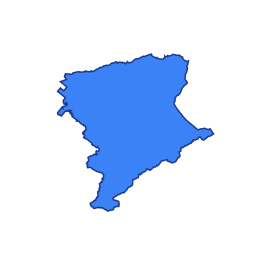 outline of South Wairarapa District, Wellington, New Zealand, rotated 204°
{"feature_id": "76426892B24718175617028", "entity_name": "South Wairarapa District", "entity_type": "district", "adm_level": 2, "iso_a3": "NZL", "parent_name": "New Zealand", "parent_adm1": "Wellington", "projection": "orthographic", "projection_center": [175.354, -41.267], "detail": "fine", "context": "isolated", "style": "filled", "palette": "blue", "viewbox_px": 256, "rotation_deg": 204, "n_neighbors": 0, "source": "geoboundaries", "source_scale": "gbopen_adm2", "svg_char_len": 5883}
<svg xmlns="http://www.w3.org/2000/svg" viewBox="0 0 256 256"><g transform="rotate(204 128 128)"><path d="M108.1,47.8L108.5,48.5L108.3,49.7L107.7,50.2L107.5,50.8L105.7,52.3L104.6,52.4L104.5,53.1L105.0,53.5L105.0,54.7L106.5,56.9L107.6,56.9L108.1,57.2L111.4,56.5L112.8,57.2L113.2,57.9L111.9,60.1L111.1,60.9L110.6,62.0L109.5,63.5L108.9,63.7L108.1,64.8L107.2,66.3L106.3,67.0L105.7,66.9L105.3,67.2L105.2,68.0L104.6,68.8L104.7,69.8L104.1,70.6L103.6,73.6L101.1,76.7L100.9,77.3L100.9,78.6L102.0,81.2L102.4,83.0L101.6,83.4L98.5,86.9L99.2,90.2L98.7,90.6L97.7,90.4L97.4,91.4L97.0,91.6L97.0,92.5L94.3,95.8L94.1,98.3L93.4,98.7L92.8,98.3L90.9,98.3L89.8,99.8L88.7,102.5L88.0,103.2L87.0,103.6L86.4,105.7L85.8,105.4L85.0,106.8L83.8,111.8L82.2,112.5L81.1,113.9L80.4,114.2L79.5,115.0L79.2,115.0L78.6,113.8L77.8,114.0L76.9,113.9L75.9,114.5L74.8,113.9L73.2,114.2L70.9,116.6L70.5,117.6L70.9,118.2L70.5,118.9L70.5,119.7L70.2,120.5L70.3,121.4L69.1,122.4L69.4,124.2L71.6,126.9L70.4,128.5L70.6,129.3L70.9,129.5L71.6,130.8L71.4,131.3L70.7,131.5L70.8,132.4L69.7,132.8L68.9,134.1L69.0,134.9L67.5,135.5L67.1,136.1L66.9,136.9L65.8,137.8L65.6,138.8L64.2,139.7L64.0,140.3L64.2,141.1L63.9,141.4L63.7,142.0L63.1,142.1L62.9,142.7L63.6,143.6L63.5,143.9L62.6,144.3L61.4,144.4L60.8,145.5L59.5,146.7L59.7,148.0L59.4,148.6L57.9,149.1L55.9,147.6L53.9,147.8L53.2,148.9L53.1,149.8L52.3,150.5L51.5,152.8L50.7,153.2L49.6,154.2L47.4,157.4L52.7,160.7L53.0,160.1L54.2,159.2L56.2,158.9L58.0,159.0L58.6,158.2L61.6,156.5L62.9,155.0L64.4,155.0L78.0,158.9L83.1,161.2L83.9,161.9L83.5,161.1L84.7,162.2L88.3,163.9L92.1,166.1L95.7,168.7L96.3,169.5L96.3,170.2L96.0,170.7L96.0,171.9L96.7,173.2L97.1,174.9L96.5,177.3L95.8,178.3L95.2,178.6L95.2,179.4L94.6,180.4L94.6,185.0L94.7,185.5L94.9,185.5L94.7,186.7L93.9,189.3L92.3,192.6L92.2,193.5L94.2,194.8L94.5,194.7L96.5,196.9L96.5,198.6L97.4,199.8L97.1,201.9L97.4,203.6L97.4,204.6L97.8,205.4L97.9,206.5L98.2,207.3L99.6,208.2L99.2,209.8L100.1,213.9L101.1,212.8L103.7,212.7L105.4,213.2L105.7,213.6L106.4,213.8L107.1,214.4L107.0,214.9L108.0,214.7L108.5,215.0L109.3,214.7L109.9,215.3L110.3,215.4L111.7,215.0L113.8,213.9L114.7,214.1L116.7,213.6L118.9,210.9L121.1,210.1L120.9,209.8L121.0,209.6L121.3,210.0L122.5,208.2L122.8,208.1L123.5,208.5L123.0,207.6L123.6,206.6L123.8,205.4L124.5,204.8L127.8,203.8L129.2,203.8L130.1,204.2L130.3,203.6L132.4,203.4L135.6,203.7L136.0,203.9L136.5,205.0L136.9,205.0L137.2,204.1L138.8,203.5L139.4,202.5L140.8,201.4L141.6,200.0L142.5,200.1L143.2,199.8L144.2,198.5L145.3,197.4L146.0,196.0L148.4,194.7L149.4,193.8L150.3,192.0L151.2,189.5L152.2,189.1L153.5,187.9L154.3,188.1L155.1,187.8L155.7,188.2L155.7,187.7L156.0,187.0L156.0,186.1L156.4,185.6L157.2,185.9L157.8,185.8L158.2,186.1L159.2,185.6L159.5,185.8L159.8,185.2L161.0,185.2L162.5,184.7L163.5,183.9L163.6,183.1L164.2,182.8L164.6,182.9L164.9,183.5L166.0,183.6L167.5,181.5L168.2,181.4L169.4,180.4L170.0,179.3L170.3,178.3L171.3,177.2L173.0,176.7L174.5,175.4L175.3,175.0L176.2,173.7L176.3,173.0L176.9,172.4L178.1,172.1L178.9,171.0L179.7,169.3L180.9,168.8L180.9,168.1L181.9,166.3L182.4,166.2L182.9,165.2L184.8,165.3L185.4,164.0L185.9,163.7L188.1,163.0L189.7,163.0L189.8,162.0L190.9,161.9L192.2,160.5L195.3,159.4L196.1,159.5L196.8,158.7L198.7,157.6L199.3,156.8L200.5,156.3L200.7,155.6L200.6,155.2L201.1,154.2L202.5,153.6L203.4,153.7L205.2,152.6L206.9,152.3L207.3,152.0L206.8,150.9L207.1,150.3L206.9,150.0L207.0,149.5L206.5,149.4L206.6,148.8L203.9,147.4L208.6,142.8L200.5,140.6L201.8,135.9L206.0,137.1L207.2,132.8L197.4,130.2L198.4,126.6L197.6,125.7L197.3,125.0L196.6,124.5L196.5,124.1L195.9,124.4L195.4,124.0L195.1,124.0L194.6,124.6L195.4,125.1L194.5,126.1L194.2,125.6L193.7,125.6L193.0,124.8L193.2,124.1L194.0,123.3L194.1,122.6L195.7,121.5L196.3,120.8L196.2,120.1L195.5,120.0L195.3,119.6L196.8,120.0L198.5,113.4L197.7,112.1L197.4,111.8L196.8,112.0L196.3,111.8L195.6,112.3L195.3,112.1L193.7,111.9L191.9,118.6L190.8,118.3L190.0,118.9L189.4,119.0L189.4,119.7L188.4,119.4L188.3,120.5L188.1,120.5L188.0,119.7L187.2,120.4L187.4,119.7L187.2,118.3L186.8,118.8L186.3,118.4L186.2,119.0L185.7,119.0L184.9,118.3L185.5,118.0L185.6,117.5L185.1,117.2L184.0,117.3L184.3,116.6L183.6,116.5L183.9,116.1L183.5,115.6L177.8,114.5L178.0,113.9L177.9,113.3L175.9,114.1L175.0,113.9L174.2,113.3L171.5,112.6L170.3,112.8L169.8,112.0L169.6,112.0L169.1,112.6L168.0,112.5L167.0,111.2L165.5,110.6L165.8,110.6L166.1,110.1L165.6,109.2L166.0,108.9L166.4,108.0L166.0,107.0L166.4,107.0L166.3,106.6L167.2,106.4L167.2,105.6L167.4,105.3L167.2,104.8L166.8,105.2L166.5,104.9L166.8,104.7L166.8,104.3L166.3,104.2L166.0,104.5L165.8,104.0L164.5,103.5L164.3,103.2L164.7,101.8L164.7,101.2L162.3,100.9L162.1,101.4L155.7,99.7L154.0,98.8L154.3,98.3L153.3,97.7L152.7,98.1L150.4,97.8L150.2,97.6L148.7,97.2L148.2,97.7L148.1,98.4L147.6,97.8L146.3,97.3L145.3,96.4L145.4,95.0L145.8,94.5L147.5,94.3L147.7,94.1L147.7,93.6L147.0,92.0L146.0,91.5L145.6,90.9L146.2,90.4L147.5,90.5L148.2,90.3L149.3,88.1L149.9,88.0L150.6,87.5L152.5,84.9L152.4,84.4L151.3,83.5L150.6,82.0L150.6,81.4L151.2,80.7L151.2,79.8L151.6,78.8L151.1,78.3L149.8,78.1L149.7,76.4L148.8,75.3L146.4,76.8L143.3,76.0L138.8,75.6L137.3,75.9L135.2,75.9L133.6,76.6L130.8,74.7L130.5,73.8L130.5,72.8L131.1,71.0L129.8,71.0L130.2,70.1L130.1,69.0L130.4,68.3L129.9,68.3L129.7,67.9L131.3,66.0L131.4,65.6L130.5,63.9L129.2,62.5L129.9,61.7L129.7,61.3L129.1,60.9L129.4,60.0L128.7,59.5L129.0,59.0L129.0,58.3L129.7,57.5L129.2,56.5L129.1,55.9L127.7,54.4L127.6,53.9L128.4,51.9L127.9,51.6L128.5,49.6L128.1,48.6L129.4,48.1L129.7,46.8L131.8,44.0L131.8,43.5L130.7,42.4L129.9,42.0L129.6,41.3L127.5,41.7L126.7,40.6L125.5,41.1L125.0,41.9L123.7,42.6L123.7,43.0L122.5,43.5L122.3,43.3L121.7,43.4L121.5,43.8L120.2,44.1L119.9,44.5L119.6,44.2L118.0,44.8L116.8,44.2L116.1,44.5L115.9,44.3L115.6,44.4L114.2,44.0L113.1,44.1L112.7,43.9L111.6,44.6L111.2,45.4L110.4,46.1L109.7,46.2L108.9,46.7L108.1,47.8Z" fill="#3b82f6" stroke="#1e3a8a" stroke-width="1.5"/></g></svg>